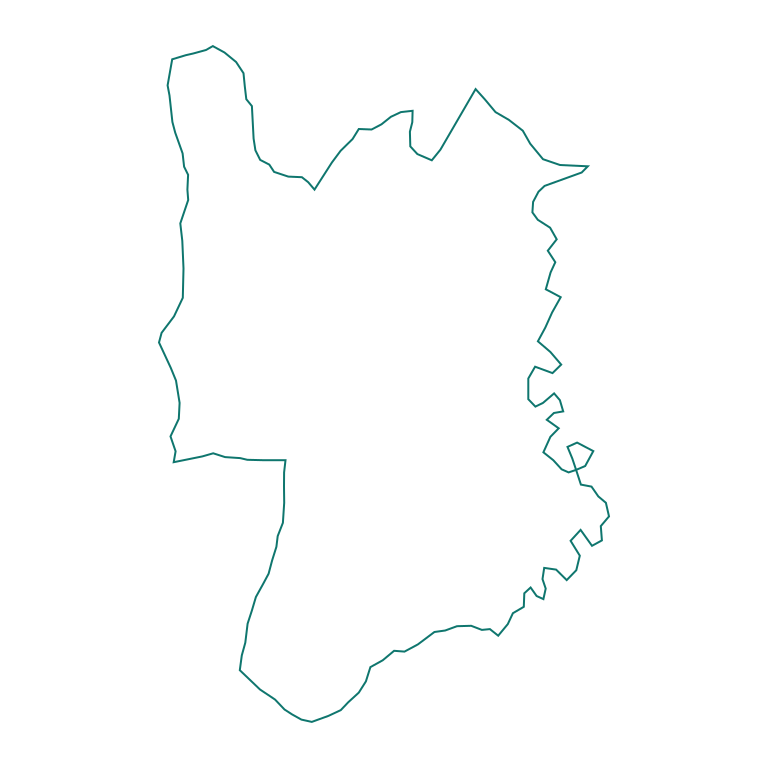 the district of Florestópolis, Paraná, Brazil
{"feature_id": "56859067B91168213066452", "entity_name": "Florestópolis", "entity_type": "district", "adm_level": 2, "iso_a3": "BRA", "parent_name": "Brazil", "parent_adm1": "Paraná", "projection": "equal_earth", "projection_center": [-51.393, -22.894], "detail": "fine", "context": "isolated", "style": "outline", "palette": "teal", "viewbox_px": 768, "rotation_deg": 0, "n_neighbors": 0, "source": "geoboundaries", "source_scale": "gbopen_adm2", "svg_char_len": 2286}
<svg xmlns="http://www.w3.org/2000/svg" viewBox="0 0 768 768"><path d="M587.8,166.3L560.0,165.0L543.0,159.2L530.2,143.7L522.8,130.7L508.9,119.9L495.5,112.1L484.7,99.2L475.6,89.1L440.4,149.7L431.8,160.3L417.4,154.1L410.3,146.4L409.9,131.7L412.3,122.2L412.6,110.8L400.9,112.1L390.9,116.8L381.5,124.3L371.6,129.5L358.8,129.0L352.6,139.0L340.6,150.8L331.9,162.5L314.5,189.6L308.2,182.2L301.9,177.2L288.3,176.6L274.1,171.9L269.3,164.6L260.2,159.9L255.4,150.3L253.6,138.6L251.9,106.1L246.3,99.2L244.8,86.4L243.5,73.2L236.1,62.0L224.5,52.5L212.8,46.1L206.0,50.0L193.2,53.5L185.8,55.2L172.2,59.3L167.6,85.4L169.5,95.5L172.4,122.0L175.2,132.6L182.6,153.4L184.1,166.7L188.1,174.8L187.4,189.6L188.2,200.0L180.3,223.4L182.3,240.9L183.5,268.5L182.8,297.8L174.0,316.4L161.6,332.8L159.0,342.5L170.8,367.9L176.0,380.6L179.6,402.9L178.8,418.8L170.5,436.4L175.6,451.3L173.7,462.2L202.4,456.4L213.2,453.3L225.1,457.1L240.2,458.1L247.3,459.8L263.5,460.2L274.6,460.2L285.5,460.2L284.1,472.4L284.0,486.2L284.2,502.8L282.9,522.8L277.7,536.1L276.4,546.8L272.1,560.5L268.6,573.7L263.2,583.8L255.9,597.0L251.9,610.5L247.6,623.7L245.3,642.7L241.8,655.4L239.8,670.2L260.0,689.5L275.1,699.6L284.5,709.5L291.9,714.3L301.4,719.6L311.8,721.9L328.4,715.9L340.8,710.1L348.2,702.3L358.8,692.6L365.9,681.4L370.4,667.1L382.7,660.3L394.1,650.8L404.5,651.6L417.9,644.4L434.4,632.0L445.2,630.5L457.0,626.2L471.2,625.8L481.9,629.9L489.9,629.1L498.2,635.7L507.8,624.1L512.9,613.2L523.8,606.8L524.3,593.3L530.6,587.5L536.6,596.0L543.4,599.1L545.7,588.6L542.5,579.1L544.2,567.9L556.1,569.6L566.7,580.1L576.3,570.2L579.8,555.7L570.6,540.8L580.6,529.9L592.0,545.8L601.9,540.4L600.8,526.1L609.0,516.4L605.9,502.8L598.3,496.4L591.5,486.6L580.9,484.6L576.1,469.9L568.6,472.4L561.6,469.3L553.3,460.2L543.4,452.3L550.4,436.8L558.7,428.3L546.8,419.8L553.9,413.0L563.2,411.4L559.9,400.2L554.1,393.4L543.0,402.9L535.4,406.6L528.3,399.2L528.3,378.5L535.1,366.7L552.5,373.1L561.2,364.6L550.4,352.0L537.9,341.3L545.3,327.6L552.1,312.5L560.7,297.2L545.8,289.3L550.6,272.4L555.3,262.2L547.8,250.7L556.7,239.3L550.1,227.7L537.8,219.8L532.4,212.4L533.1,201.9L538.5,191.7L544.6,185.9L581.7,172.5L587.8,166.3ZM576.1,469.9L585.2,466.0L593.3,451.1L577.1,442.6L567.5,446.9L572.3,458.5L576.1,469.9Z" fill="none" stroke="#0f766e" stroke-width="2"/></svg>